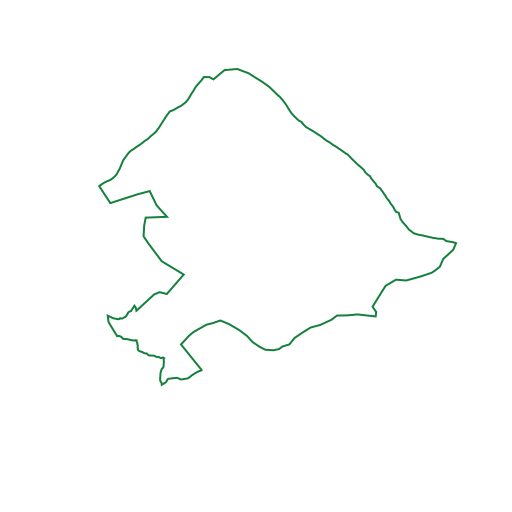 Ngor-Okpala, Imo, Nigeria (orthographic projection), rotated 208°
{"feature_id": "59680162B61451583552190", "entity_name": "Ngor-Okpala", "entity_type": "district", "adm_level": 2, "iso_a3": "NGA", "parent_name": "Nigeria", "parent_adm1": "Imo", "projection": "orthographic", "projection_center": [7.178, 5.331], "detail": "fine", "context": "isolated", "style": "outline", "palette": "green", "viewbox_px": 512, "rotation_deg": 208, "n_neighbors": 0, "source": "geoboundaries", "source_scale": "gbopen_adm2", "svg_char_len": 3989}
<svg xmlns="http://www.w3.org/2000/svg" viewBox="0 0 512 512"><g transform="rotate(208 256 256)"><path d="M386.0,389.5L386.7,385.3L387.5,382.0L388.6,377.3L388.7,375.0L388.8,372.0L389.2,368.6L389.3,365.6L389.5,361.9L390.2,358.8L392.7,353.3L394.8,350.4L397.2,346.4L400.0,343.1L400.8,338.1L402.0,323.2L402.4,321.6L402.5,319.5L403.2,317.2L404.9,313.2L406.6,308.2L408.3,305.3L409.7,301.9L411.7,298.0L413.0,295.7L413.6,294.4L414.4,292.7L415.8,290.4L416.8,287.7L417.5,283.1L417.9,280.4L418.2,278.1L417.9,274.9L417.3,269.1L417.4,265.5L417.4,262.5L418.1,259.8L419.1,257.2L420.5,254.5L422.5,252.2L424.2,249.9L425.5,247.6L426.9,244.9L427.2,244.1L409.5,234.3L389.5,254.9L380.3,263.4L367.4,254.0L353.0,248.8L371.4,238.1L369.1,230.6L364.5,220.6L357.4,216.8L336.8,207.1L311.1,205.7L316.9,180.6L324.1,178.8L327.9,174.2L335.9,151.5L338.0,154.0L340.0,155.0L340.4,149.8L340.6,148.6L340.9,148.2L341.5,147.7L342.2,146.5L342.3,145.9L342.3,145.4L342.3,144.2L342.3,143.7L342.4,142.1L342.6,141.3L343.5,139.9L344.2,138.8L344.8,138.0L345.7,137.4L346.8,137.3L347.1,136.1L348.0,135.5L349.6,135.0L351.1,134.5L353.0,134.0L354.6,133.9L356.7,133.8L358.9,133.7L358.2,132.7L357.5,131.7L355.7,129.1L354.8,128.3L353.0,127.1L351.3,126.1L348.2,124.3L347.2,123.7L340.9,120.0L340.3,120.5L339.6,121.0L339.1,121.2L338.6,121.3L337.5,121.3L336.8,121.3L336.0,121.0L335.3,120.8L334.2,120.5L333.6,120.7L332.6,121.2L331.4,121.9L329.7,122.4L327.7,122.9L326.9,123.1L326.1,123.3L325.4,123.5L324.3,124.1L323.2,124.7L322.5,125.3L322.0,125.4L322.0,124.9L321.7,124.6L321.1,124.4L320.6,124.0L320.3,123.8L319.9,123.2L319.5,122.9L319.3,122.2L318.4,121.6L318.1,120.9L317.8,120.2L317.6,119.5L317.0,118.9L316.6,118.6L316.4,118.3L316.3,117.8L315.7,117.5L315.2,117.4L314.7,117.4L313.8,117.4L313.3,117.4L312.7,117.6L312.3,117.6L311.4,117.9L309.6,117.7L308.0,118.0L306.8,118.6L305.5,118.2L304.1,117.9L303.1,118.3L299.5,120.0L298.7,120.2L296.7,120.1L294.6,121.1L292.1,121.2L290.7,122.5L289.9,122.7L289.1,122.6L289.1,121.8L288.7,120.8L288.2,120.2L287.5,119.0L287.1,118.0L286.8,117.2L286.4,116.3L285.8,115.2L285.5,113.8L285.8,113.3L286.1,112.6L286.1,111.0L285.8,109.7L285.4,108.0L284.6,106.2L284.0,104.9L282.9,102.3L281.8,100.7L279.7,99.6L279.1,98.6L278.8,98.1L278.7,98.3L278.6,98.5L277.8,99.5L277.0,101.0L276.2,102.7L276.2,103.2L276.2,103.8L276.1,104.7L276.2,105.3L276.0,106.1L275.6,106.5L273.2,108.2L271.7,109.3L270.4,110.1L269.5,110.8L268.4,111.4L264.9,111.7L264.1,111.9L262.9,112.7L258.6,116.1L257.7,117.9L256.5,120.8L254.9,123.6L253.6,125.7L252.5,127.2L250.9,129.0L250.4,129.5L250.7,129.9L280.7,142.7L277.6,154.4L275.4,159.7L267.5,172.1L262.6,176.5L257.2,182.3L248.1,183.2L235.9,182.7L226.4,181.2L218.7,178.4L210.2,177.5L203.8,177.6L196.3,181.0L192.0,184.6L190.1,188.6L185.0,193.6L183.5,201.6L179.4,209.5L174.2,218.5L166.9,225.3L159.3,235.3L156.6,241.4L146.9,246.8L139.1,252.0L122.0,258.8L123.5,262.9L129.3,266.0L127.6,290.5L121.3,300.8L111.9,304.9L101.1,315.1L93.0,323.7L91.6,326.3L88.6,332.7L89.3,341.3L84.8,354.0L85.4,361.3L85.6,361.3L89.2,360.5L91.5,359.7L95.1,358.5L98.6,359.1L103.5,356.7L105.8,356.0L108.2,355.1L114.5,353.4L118.4,352.4L122.4,351.1L127.4,350.1L130.5,350.7L133.3,351.1L135.6,352.1L137.9,353.2L140.3,354.0L142.5,354.8L145.8,356.5L147.9,358.7L150.3,361.2L152.9,360.7L155.5,362.1L157.9,363.8L162.0,365.6L163.3,366.5L164.0,367.0L167.6,368.4L169.8,369.8L174.8,372.4L177.9,374.0L181.9,374.4L184.5,376.1L187.5,377.2L190.7,378.6L192.9,380.0L195.9,380.3L198.6,381.1L201.2,382.6L202.1,382.9L206.1,383.9L208.4,384.3L210.7,385.0L213.9,385.9L216.4,386.6L222.7,388.7L225.1,388.7L227.8,389.1L230.8,389.5L237.6,390.2L238.2,390.2L240.0,390.2L244.3,390.9L247.6,390.9L252.2,391.7L255.5,392.3L259.6,392.6L263.7,393.0L271.9,393.3L275.6,394.3L278.8,395.7L282.1,395.7L287.1,397.1L288.1,397.4L291.7,398.7L294.9,400.4L298.2,402.4L301.2,404.1L304.8,405.8L309.9,407.8L312.1,408.2L323.4,411.5L332.2,412.7L343.9,413.5L348.1,413.9L360.4,412.3L371.0,405.4L372.4,402.1L376.5,392.0L381.1,392.1L386.0,389.5Z" fill="none" stroke="#15803d" stroke-width="2"/></g></svg>